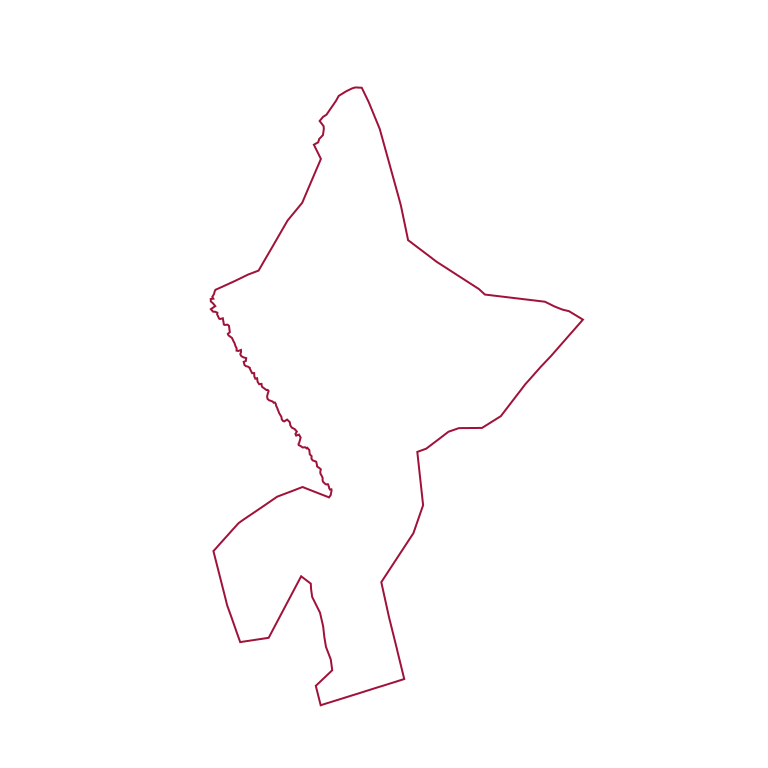 the district of Santa Cruz Tayata, Oaxaca, Mexico, rotated 165°
{"feature_id": "50627088B22135699876019", "entity_name": "Santa Cruz Tayata", "entity_type": "district", "adm_level": 2, "iso_a3": "MEX", "parent_name": "Mexico", "parent_adm1": "Oaxaca", "projection": "robinson", "projection_center": [-97.56, 17.376], "detail": "fine", "context": "isolated", "style": "outline", "palette": "rose", "viewbox_px": 768, "rotation_deg": 165, "n_neighbors": 0, "source": "geoboundaries", "source_scale": "gbopen_adm2", "svg_char_len": 3169}
<svg xmlns="http://www.w3.org/2000/svg" viewBox="0 0 768 768"><g transform="rotate(165 384 384)"><path d="M560.4,287.3L568.2,282.3L572.7,279.3L576.6,276.8L580.7,274.1L584.3,271.8L590.6,267.6L592.0,266.8L592.1,259.9L592.6,221.4L592.7,215.1L592.8,211.3L592.7,209.8L592.2,203.9L591.7,197.9L591.6,196.5L591.1,190.0L590.7,184.6L590.7,184.2L589.7,171.9L585.9,171.5L561.1,168.7L513.8,219.7L506.4,210.1L507.5,204.9L508.5,196.9L505.0,179.7L505.5,165.7L507.1,155.2L508.1,145.1L506.7,131.7L508.1,120.9L528.0,110.1L528.3,90.1L521.7,90.4L497.1,91.4L489.1,91.7L485.0,91.9L478.2,92.2L469.4,92.6L463.3,92.8L440.8,93.8L440.2,122.7L440.1,124.7L439.5,157.9L437.9,193.3L394.2,232.3L383.3,248.4L377.6,256.8L375.5,270.3L371.2,298.2L369.4,309.8L360.0,310.6L344.5,316.9L334.1,321.2L323.1,322.0L300.7,316.2L279.5,322.7L264.9,333.9L252.5,343.4L247.6,347.2L241.0,351.5L228.8,359.6L215.3,367.9L175.2,394.7L186.4,406.4L192.4,409.7L195.4,411.9L199.4,414.9L207.2,421.8L263.4,444.3L267.7,451.1L298.7,485.3L301.6,488.5L305.2,493.2L323.5,516.7L322.8,528.7L321.9,544.9L321.5,552.0L321.5,559.6L322.1,631.4L325.8,660.2L328.8,675.9L335.0,677.9L338.2,677.8L343.4,676.8L345.2,676.4L353.2,674.0L356.9,670.1L369.9,659.0L373.8,657.8L378.1,654.7L375.6,648.7L376.1,646.0L378.5,640.3L383.2,637.4L385.0,634.5L389.8,633.3L386.7,617.8L387.1,617.2L403.2,596.7L412.6,584.7L416.1,580.2L429.6,570.6L434.8,566.9L457.4,544.3L466.6,535.2L475.8,526.0L486.9,524.9L501.9,522.0L522.4,518.6L523.5,517.4L524.9,514.9L527.3,512.6L526.8,510.6L529.4,510.9L529.9,508.6L528.1,505.8L526.8,502.9L531.9,501.1L530.4,498.1L528.4,497.5L526.5,496.0L527.2,494.3L527.0,493.6L526.3,489.8L525.5,489.2L522.7,489.2L523.2,483.4L523.3,482.9L522.4,482.2L519.7,481.8L518.7,480.3L519.5,474.0L520.7,473.4L521.9,472.8L521.6,471.2L518.9,467.8L518.4,464.7L518.1,463.4L517.8,462.4L517.6,458.7L517.1,456.8L517.8,454.4L516.2,453.6L513.4,453.9L513.8,452.0L515.1,449.9L514.6,447.9L513.0,446.2L510.4,444.7L511.5,442.0L513.8,441.7L513.8,438.4L512.8,437.0L510.8,435.9L509.4,434.2L509.7,433.8L508.6,428.6L506.6,428.2L507.3,424.7L506.9,422.4L505.1,422.4L505.5,418.8L504.6,416.1L502.3,415.8L502.6,413.3L502.3,412.6L499.1,408.6L497.9,408.4L497.3,407.0L498.8,404.7L500.1,402.3L500.4,399.9L499.3,398.1L496.1,395.9L495.4,394.4L494.2,394.4L493.7,392.8L493.8,390.7L493.2,387.6L493.4,386.9L493.1,386.1L492.8,383.0L491.6,378.8L491.9,376.3L491.1,374.4L490.1,373.7L486.8,374.7L484.9,371.6L485.2,368.4L484.4,365.8L481.9,363.5L480.5,360.6L482.5,358.6L482.2,356.9L479.2,357.1L478.4,353.8L481.2,349.1L482.1,348.2L482.2,347.0L481.0,346.1L478.9,343.7L476.5,343.3L475.3,341.8L474.6,342.2L473.2,339.6L473.9,335.3L472.6,333.1L473.4,330.6L472.7,328.7L469.6,326.5L469.7,322.9L470.0,321.8L469.5,321.0L468.4,319.9L467.1,317.9L468.2,315.9L468.6,314.0L467.8,310.7L467.6,309.0L468.2,307.1L468.2,305.4L466.9,303.1L465.8,301.9L464.8,301.9L464.0,301.6L463.8,298.4L463.9,297.4L463.5,296.0L462.1,295.9L462.2,294.7L463.6,291.9L464.3,290.4L466.5,288.7L467.5,289.5L473.4,293.8L481.4,299.7L489.4,305.6L495.8,304.9L502.2,304.2L505.5,303.9L508.5,303.6L516.4,302.8L523.2,300.4L525.4,299.6L527.9,298.7L538.8,294.9L550.1,291.0L555.0,289.3L560.4,287.3Z" fill="none" stroke="#9f1239" stroke-width="2"/></g></svg>